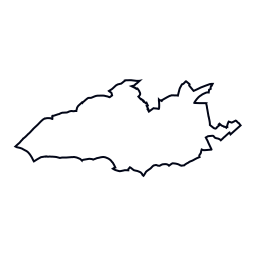 outline of Grebenisu De Campie, Mures, Romania
{"feature_id": "2599482B22426037258444", "entity_name": "Grebenisu De Campie", "entity_type": "district", "adm_level": 2, "iso_a3": "ROU", "parent_name": "Romania", "parent_adm1": "Mures", "projection": "equal_earth", "projection_center": [24.279, 46.612], "detail": "fine", "context": "isolated", "style": "outline", "palette": "ink", "viewbox_px": 256, "rotation_deg": 0, "n_neighbors": 0, "source": "geoboundaries", "source_scale": "gbopen_adm2", "svg_char_len": 5777}
<svg xmlns="http://www.w3.org/2000/svg" viewBox="0 0 256 256"><path d="M143.5,175.8L143.9,175.3L146.1,171.7L146.7,171.2L147.6,170.5L149.9,168.9L150.6,168.4L152.7,166.2L153.4,165.7L153.6,165.5L155.3,165.1L156.0,165.0L156.6,165.1L157.7,165.6L159.5,165.8L160.4,165.4L161.0,165.0L161.6,164.7L162.1,164.5L162.7,164.3L163.9,164.2L165.2,164.1L166.4,164.2L167.4,164.5L168.2,164.9L169.0,165.7L171.0,164.2L172.3,163.4L172.7,163.3L173.9,163.4L175.6,163.6L177.8,164.1L178.2,164.3L179.6,164.9L180.3,165.4L180.8,165.4L181.3,165.7L184.3,165.3L184.6,164.9L185.7,164.1L187.2,163.2L188.4,162.6L189.3,161.9L190.1,161.5L192.4,160.6L193.9,159.8L195.5,158.9L196.3,158.5L197.1,158.1L199.5,157.1L199.4,156.9L199.3,155.4L199.7,154.7L200.1,154.1L200.6,153.5L201.0,152.2L201.2,151.1L201.7,149.5L202.4,149.8L203.3,150.1L204.1,150.2L204.7,150.1L205.5,150.1L206.8,150.0L211.4,149.6L211.5,149.4L209.5,145.2L208.4,142.9L207.4,140.5L206.7,139.3L205.8,137.5L208.1,136.2L212.1,135.8L212.9,135.8L213.4,136.0L213.9,136.5L214.6,137.4L215.0,137.7L215.3,137.9L216.2,138.2L218.1,138.6L218.8,138.9L219.5,139.2L220.1,139.6L220.8,140.3L223.0,138.3L223.7,137.5L224.4,137.0L228.8,133.0L229.3,132.6L229.5,132.5L230.5,134.4L233.4,131.8L236.2,129.3L240.6,125.4L238.7,123.0L238.0,122.7L237.8,122.5L236.3,120.9L235.9,120.7L235.7,120.6L233.6,121.7L231.8,122.6L228.7,121.6L228.3,122.4L227.8,123.6L227.2,125.6L227.3,127.0L226.6,126.9L226.3,127.7L224.9,126.8L224.4,126.8L224.4,126.7L221.7,125.6L221.2,125.2L219.5,123.7L218.8,124.4L219.5,125.1L217.2,127.0L216.3,128.2L215.7,128.5L215.3,128.6L213.8,128.1L209.9,125.0L209.9,123.8L209.7,121.9L209.4,120.2L208.9,117.8L208.8,117.0L208.6,116.8L207.4,109.8L207.1,108.3L206.9,106.9L206.8,106.1L206.4,104.4L206.2,103.8L206.2,103.4L206.3,103.2L205.4,103.1L203.7,103.1L198.6,103.1L195.6,103.0L194.9,103.0L194.3,102.9L194.3,102.7L195.6,100.7L196.8,99.1L198.5,97.2L200.1,95.9L201.4,95.1L202.3,94.4L203.1,94.0L204.6,93.3L205.5,92.9L206.2,92.6L206.7,92.5L207.5,92.4L207.9,92.4L208.7,92.5L208.9,91.1L209.1,89.7L210.5,89.0L210.7,88.9L210.7,88.7L210.6,87.9L210.7,87.3L211.0,86.1L211.6,85.9L212.6,83.9L211.4,83.9L209.9,84.1L205.2,85.8L200.8,87.5L199.6,88.1L196.9,89.4L193.6,90.9L189.9,86.4L189.2,85.5L189.3,84.9L189.3,84.4L189.5,84.2L189.2,83.9L186.8,81.9L186.3,81.5L186.0,81.3L185.7,81.4L184.7,82.5L183.4,83.8L182.9,84.0L181.9,84.4L180.7,86.6L179.9,88.1L179.5,89.2L178.0,95.1L177.9,95.6L176.7,95.4L175.1,95.4L171.8,95.3L171.5,95.3L170.6,95.7L169.7,95.9L167.0,97.3L163.1,99.5L161.7,100.6L161.6,100.3L161.5,100.2L161.4,100.2L161.1,100.4L161.2,100.7L160.8,100.6L159.2,99.8L158.9,99.5L158.9,100.2L158.9,100.8L159.0,101.5L159.1,102.7L159.2,105.0L159.2,105.6L159.1,108.0L158.9,108.8L158.4,108.9L157.3,108.6L153.9,108.3L153.5,108.2L148.9,111.6L148.4,110.7L148.1,110.0L147.7,109.4L148.3,109.2L147.6,107.7L147.1,106.7L146.7,105.9L147.8,105.5L146.5,102.7L145.7,103.2L145.0,102.5L144.1,101.6L143.7,101.8L142.3,100.1L142.6,100.0L141.3,99.1L141.0,99.3L140.2,98.6L138.4,96.6L139.3,95.8L139.7,95.2L140.0,94.7L140.2,94.0L140.1,93.3L139.9,92.5L139.6,92.0L139.4,91.7L139.3,91.3L139.2,91.0L138.7,90.3L138.1,89.4L137.5,88.6L137.1,88.4L136.5,88.9L135.4,88.2L135.3,87.8L134.6,87.7L131.5,86.2L134.1,85.5L134.6,85.2L135.1,84.6L135.8,84.0L136.6,83.5L137.3,82.9L138.2,82.1L139.6,80.8L139.1,80.9L136.8,80.9L131.1,80.2L130.0,80.2L125.5,80.3L125.1,80.4L125.2,80.6L124.8,80.8L124.1,81.3L121.5,83.4L121.2,83.6L118.2,84.3L117.6,84.5L116.0,85.4L112.2,88.9L111.0,89.7L108.9,91.0L109.1,91.2L110.9,92.4L111.5,93.0L112.1,95.4L111.5,95.9L110.9,96.3L109.7,97.2L108.9,97.0L107.7,96.5L106.3,96.2L104.2,95.7L103.1,95.6L100.9,95.6L97.5,95.7L96.1,95.9L94.6,96.4L91.7,97.6L90.8,97.9L88.7,97.9L88.2,98.0L87.6,98.3L85.6,99.9L84.8,100.6L84.1,101.3L83.2,101.9L82.4,102.9L82.1,102.5L82.0,102.4L78.4,105.7L78.0,106.2L77.6,106.8L77.1,107.7L76.9,108.4L76.7,109.5L76.3,110.5L76.3,111.0L74.9,111.0L74.0,111.2L73.2,111.2L72.3,111.1L71.3,111.0L70.7,111.1L69.9,111.3L69.2,111.5L68.1,112.0L67.5,112.3L66.6,112.5L64.7,112.6L62.6,112.7L62.0,112.8L61.1,113.1L60.4,113.4L59.6,113.8L59.0,114.1L58.3,114.2L53.5,115.8L52.5,115.8L52.4,115.9L52.3,116.0L52.2,116.5L52.4,117.5L52.4,118.3L52.3,118.9L51.8,118.8L50.8,118.4L50.3,118.2L49.6,118.2L48.6,118.1L47.0,118.1L46.7,118.2L45.8,118.4L45.4,118.5L45.3,118.4L44.9,118.4L43.7,119.1L42.9,119.6L42.1,120.3L41.1,121.2L40.3,122.0L37.8,124.6L36.1,126.2L35.0,127.2L33.0,129.1L32.9,129.4L32.6,129.6L30.4,132.0L29.0,133.4L28.0,134.2L27.0,135.3L26.4,135.8L25.9,136.4L23.9,138.1L23.1,138.6L23.1,138.8L22.0,140.0L21.1,140.9L20.9,141.2L19.5,142.8L18.0,144.1L17.1,144.9L15.4,146.5L16.8,147.2L20.0,147.9L22.0,148.6L23.0,149.2L25.2,150.4L26.6,151.1L27.2,151.6L28.1,152.3L29.8,154.3L30.8,155.8L31.8,157.4L32.4,158.6L33.4,160.6L33.9,161.4L37.2,159.3L40.2,157.6L40.7,157.3L41.4,157.1L45.9,156.4L46.2,156.4L46.2,156.6L47.0,156.5L47.3,156.7L47.9,156.7L48.6,156.7L49.6,156.5L50.2,156.6L52.9,156.7L54.3,156.8L56.3,157.0L59.0,157.7L59.5,157.9L59.9,157.9L60.7,157.8L61.6,157.6L63.0,157.5L66.7,157.5L69.4,157.3L71.8,157.1L73.0,157.1L73.6,157.0L74.1,157.0L76.2,157.4L77.2,157.7L80.1,158.9L80.6,159.3L81.9,160.6L82.0,160.3L83.3,159.8L89.2,158.8L91.3,159.0L92.4,159.2L93.1,159.6L93.3,159.6L93.8,159.3L94.2,159.2L95.6,158.7L96.5,158.3L96.8,158.2L97.7,158.0L99.6,157.6L100.2,157.4L101.9,157.1L103.0,157.0L103.6,157.0L105.3,157.3L107.8,158.3L108.9,158.9L110.0,159.7L110.7,160.3L111.1,160.7L111.8,161.7L112.7,162.6L113.0,163.0L113.5,164.0L113.8,164.4L114.4,165.6L115.0,166.9L115.3,167.5L114.3,167.8L112.9,168.7L113.9,169.3L115.3,170.0L118.3,170.9L119.7,171.2L120.5,171.1L121.1,171.0L123.5,170.5L124.7,170.2L126.1,170.2L128.3,170.3L128.3,169.2L129.9,167.3L130.8,167.8L133.7,170.1L134.3,170.3L135.5,170.6L137.4,171.0L139.9,172.0L140.8,172.5L142.1,173.9L142.3,174.6L142.6,175.0L143.0,175.4L143.5,175.8Z" fill="none" stroke="#020617" stroke-width="2"/></svg>